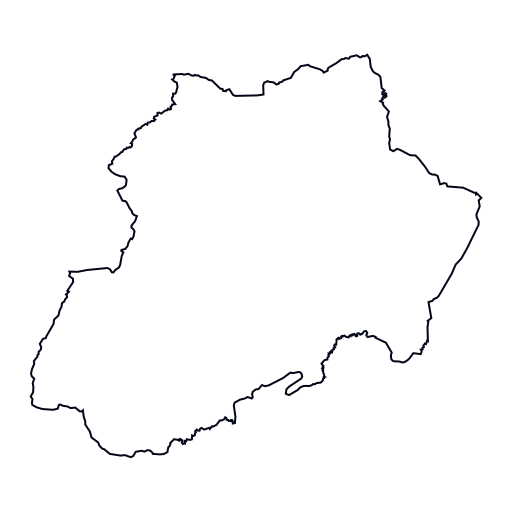 the district of Lampung Utara, Lampung, Indonesia
{"feature_id": "22746128B16659764843822", "entity_name": "Lampung Utara", "entity_type": "district", "adm_level": 2, "iso_a3": "IDN", "parent_name": "Indonesia", "parent_adm1": "Lampung", "projection": "orthographic", "projection_center": [104.757, -4.808], "detail": "fine", "context": "isolated", "style": "outline", "palette": "ink", "viewbox_px": 512, "rotation_deg": 0, "n_neighbors": 0, "source": "geoboundaries", "source_scale": "gbopen_adm2", "svg_char_len": 5974}
<svg xmlns="http://www.w3.org/2000/svg" viewBox="0 0 512 512"><path d="M89.9,431.6L91.5,437.5L98.2,442.5L99.5,445.8L102.5,448.8L104.0,449.1L109.9,453.9L120.7,455.6L124.9,455.1L130.8,457.2L133.4,455.9L135.7,451.8L141.5,450.8L144.6,451.6L147.1,450.2L150.1,450.5L152.7,453.0L152.8,453.9L160.1,454.4L163.8,454.0L167.4,452.1L168.3,447.2L169.2,446.6L170.4,444.2L170.1,443.2L174.1,439.2L178.5,440.0L179.2,440.8L180.1,440.1L179.5,439.2L180.1,439.0L181.6,439.7L182.3,440.8L181.8,442.6L182.9,444.0L183.8,443.3L184.9,443.6L184.7,440.9L186.2,441.3L186.7,439.3L190.1,439.9L191.9,439.3L192.1,435.4L193.1,436.0L194.8,435.3L194.8,433.6L195.9,432.2L195.2,431.2L196.8,429.6L197.7,430.5L199.5,430.7L199.8,429.1L201.4,427.9L204.2,429.6L209.1,427.8L209.9,429.0L212.0,426.2L213.0,426.6L216.4,424.9L219.9,420.4L221.5,420.5L224.2,419.2L225.2,417.3L226.4,418.2L226.7,419.8L228.3,420.0L228.5,420.8L231.1,421.2L231.1,420.0L232.1,420.0L232.8,421.3L232.8,423.5L234.9,423.1L235.4,416.6L233.8,405.4L234.7,402.6L239.9,399.7L245.0,398.4L247.6,397.0L251.7,398.5L252.7,397.3L252.1,394.0L252.8,391.7L255.9,389.4L258.5,389.1L261.9,385.1L264.9,386.2L268.7,385.4L283.1,378.0L290.4,372.6L293.3,373.1L298.3,372.0L300.0,372.2L301.4,373.5L302.2,376.5L301.2,378.6L289.3,386.5L286.5,389.1L285.8,393.7L286.9,394.3L289.2,395.0L297.7,390.0L300.2,387.4L303.9,385.9L309.1,386.0L311.6,385.3L313.2,384.0L314.7,384.3L316.5,383.1L320.6,382.6L322.6,380.8L323.2,378.5L324.0,378.2L323.9,377.1L324.6,376.9L323.9,376.5L324.3,375.8L323.0,371.5L323.2,370.5L322.5,370.1L323.1,369.1L322.2,368.3L323.4,367.6L322.8,366.4L323.4,365.9L321.5,363.6L324.4,360.2L327.4,359.5L327.4,357.8L328.9,356.3L328.3,355.1L329.3,354.2L328.8,353.3L330.3,353.3L330.7,352.8L330.3,352.1L331.2,352.0L331.4,351.1L332.1,351.9L332.4,350.3L333.9,349.1L333.5,348.2L335.2,347.4L334.1,345.5L334.8,344.5L336.2,344.7L336.6,339.3L338.4,337.7L339.0,337.9L339.1,338.9L341.0,338.1L341.6,337.5L341.2,336.6L342.2,335.8L343.6,336.2L344.5,335.6L345.9,336.8L348.6,337.4L349.3,336.0L350.6,336.2L350.6,335.1L352.4,335.4L352.9,334.8L352.6,334.3L354.3,334.0L354.5,334.7L355.3,334.8L355.7,336.2L356.6,336.4L357.3,335.8L356.6,334.7L357.5,333.4L358.9,333.3L360.2,334.6L360.7,334.1L361.8,334.2L364.1,331.4L366.0,331.0L367.3,332.8L366.3,335.3L367.4,337.0L373.1,335.9L375.6,336.9L375.4,337.7L385.9,342.7L391.7,352.6L390.9,355.1L391.2,358.9L392.6,360.7L394.1,361.3L399.1,361.5L402.7,362.5L405.1,361.9L409.0,359.0L413.3,353.2L420.7,354.1L421.7,351.2L420.8,349.6L422.6,349.3L422.5,347.7L423.8,347.1L423.4,345.6L425.0,343.5L426.0,344.0L427.2,340.5L427.9,341.0L427.5,327.3L428.3,321.6L427.7,320.8L431.3,318.1L428.5,302.1L432.5,300.8L433.7,299.1L436.8,297.8L438.7,296.0L451.7,273.8L455.7,264.5L461.3,258.6L466.8,248.8L478.6,224.8L478.7,221.5L476.8,217.5L476.4,214.5L479.7,206.3L478.7,200.4L481.3,197.9L477.2,193.7L476.0,194.4L476.0,192.7L474.4,192.8L463.2,187.7L447.3,186.4L446.4,183.6L444.3,183.1L440.1,184.4L437.6,175.9L434.5,174.5L432.1,174.5L429.1,173.0L425.3,167.1L418.6,158.6L415.5,155.5L410.1,155.2L399.5,149.6L397.0,148.9L393.3,151.2L390.1,149.5L389.2,143.2L390.0,139.1L389.2,136.7L389.8,128.5L388.4,125.1L388.4,121.4L387.0,117.0L388.9,111.5L383.5,105.4L382.7,103.5L383.1,102.7L380.2,101.1L382.7,99.5L382.1,98.6L382.8,97.4L384.9,97.7L386.5,96.1L386.3,95.2L382.6,95.7L386.2,94.3L386.2,93.6L385.1,92.9L383.1,94.4L382.3,94.2L382.4,92.1L384.5,90.5L381.7,88.1L380.4,76.9L378.6,74.9L374.4,72.7L372.8,71.1L370.7,66.8L369.8,59.0L367.2,54.8L364.7,56.3L362.5,56.0L361.3,57.2L359.9,57.3L356.7,55.3L350.2,56.8L348.9,58.7L345.4,58.0L344.0,59.0L341.6,59.2L336.4,63.1L328.7,67.6L327.7,68.9L327.7,70.6L323.7,72.6L322.7,71.0L319.8,69.3L309.6,66.1L308.4,64.8L300.6,66.2L298.4,68.9L294.3,71.9L290.8,77.9L283.2,80.4L282.2,81.7L279.0,82.6L278.9,83.6L276.6,84.5L273.4,82.3L269.0,81.8L267.7,81.1L264.2,82.7L263.2,85.1L263.5,94.5L257.5,95.4L235.4,95.9L233.0,94.9L229.3,89.2L226.1,90.3L225.9,91.2L223.2,90.9L222.5,88.9L220.3,88.7L211.8,80.4L208.9,80.0L205.9,77.9L200.6,77.0L198.1,75.3L196.6,75.6L194.7,74.9L193.8,75.7L191.6,75.5L188.3,73.8L183.8,74.7L182.3,74.0L172.8,74.5L174.9,75.5L173.3,79.3L172.3,79.5L174.1,81.3L176.8,82.6L177.5,86.9L176.0,92.7L175.2,93.7L173.1,93.6L173.1,96.4L172.0,97.6L172.2,100.1L175.2,104.1L172.2,104.6L171.5,106.3L170.5,106.8L171.1,108.6L170.6,109.3L169.6,109.6L168.1,108.6L167.3,110.2L165.3,110.5L161.2,113.6L158.8,112.5L157.4,113.1L157.6,115.4L154.1,116.8L153.8,118.6L155.3,119.5L153.9,121.1L151.7,120.9L150.1,122.3L147.8,122.6L147.3,124.7L145.7,123.9L141.5,126.7L141.0,128.0L138.4,128.6L138.4,129.4L136.6,129.8L134.4,133.3L136.0,137.4L132.8,140.0L132.5,141.4L130.8,143.2L132.2,144.0L131.8,146.4L130.4,147.5L129.6,147.0L128.5,147.8L126.7,147.7L126.3,149.0L124.0,149.3L122.3,152.0L121.3,152.1L119.1,154.3L116.0,156.5L114.5,156.7L114.2,158.1L111.9,161.3L112.3,163.8L108.9,165.1L108.5,168.2L111.6,171.8L115.1,174.2L120.2,176.2L124.6,176.6L126.6,179.8L126.0,184.8L125.0,186.3L122.3,188.3L119.4,188.8L117.3,190.5L122.5,200.8L125.1,201.0L126.7,202.4L129.3,207.8L131.6,210.8L132.5,213.5L133.9,214.9L136.9,216.1L135.1,221.1L131.5,225.6L131.5,227.7L132.9,228.7L134.5,231.3L133.6,236.2L132.1,239.1L130.7,238.7L128.4,242.6L127.5,246.2L125.2,249.0L121.5,249.9L121.3,250.9L123.3,252.4L121.8,255.8L120.1,265.1L119.0,267.4L114.9,270.4L113.5,272.4L111.9,272.4L110.1,269.4L107.5,268.0L87.1,270.0L77.7,271.8L69.4,271.6L70.1,273.1L69.1,276.0L72.9,278.7L73.1,282.1L67.3,290.8L68.9,291.7L66.0,294.5L66.8,295.0L67.1,297.2L65.0,299.5L64.2,301.6L62.0,303.1L61.5,306.9L59.6,310.4L58.5,315.4L54.2,319.5L53.4,324.2L46.2,336.6L45.9,338.0L42.8,339.0L39.8,343.9L41.2,347.1L40.9,349.5L38.5,352.1L38.7,354.0L37.4,355.2L37.5,356.5L33.8,361.2L34.3,363.8L32.1,368.8L31.0,373.7L31.8,376.3L34.2,378.6L32.7,383.3L33.4,386.9L33.1,392.2L30.7,396.5L32.5,399.2L31.9,402.9L32.4,405.0L36.6,407.3L42.3,409.0L53.0,409.8L57.8,408.6L58.8,405.0L60.1,404.5L62.8,405.8L67.2,406.4L70.7,408.1L75.3,407.6L79.7,411.3L81.9,411.5L82.9,410.4L83.7,416.6L85.3,421.5L85.2,424.4L89.9,431.6Z" fill="none" stroke="#020617" stroke-width="2"/></svg>